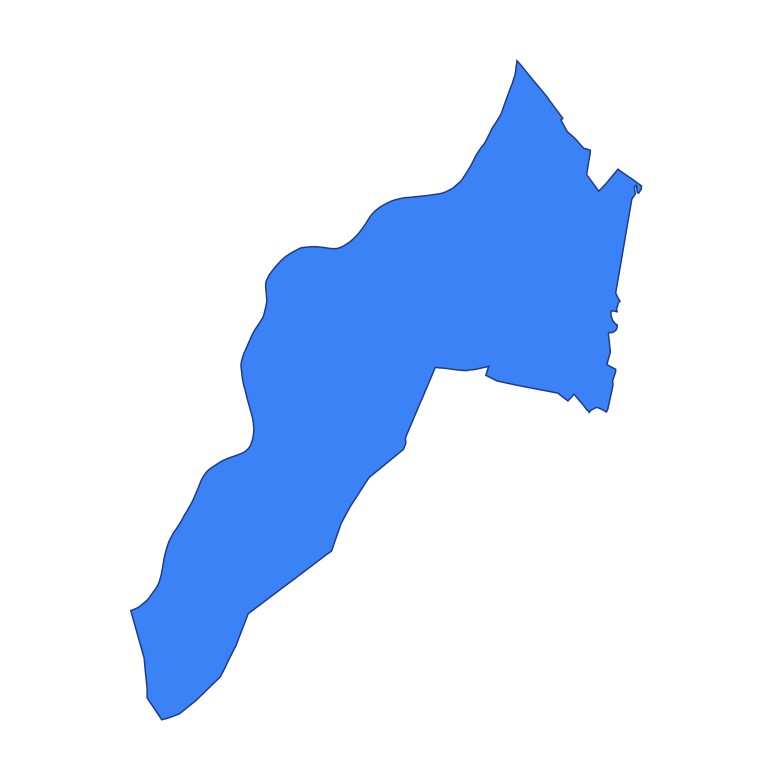 outline of Bergen (L), Limburg, Netherlands, rotated 82°
{"feature_id": "6326949B45872879397854", "entity_name": "Bergen (L)", "entity_type": "district", "adm_level": 2, "iso_a3": "NLD", "parent_name": "Netherlands", "parent_adm1": "Limburg", "projection": "natural_earth1", "projection_center": [6.089, 51.59], "detail": "fine", "context": "isolated", "style": "filled", "palette": "blue", "viewbox_px": 768, "rotation_deg": 82, "n_neighbors": 0, "source": "geoboundaries", "source_scale": "gbopen_adm2", "svg_char_len": 6040}
<svg xmlns="http://www.w3.org/2000/svg" viewBox="0 0 768 768"><g transform="rotate(82 384 384)"><path d="M573.0,666.3L621.9,659.7L628.6,660.0L634.4,660.3L646.1,660.7L648.9,660.8L652.8,661.0L653.2,661.1L657.3,661.6L660.5,662.1L661.8,662.3L674.6,656.1L685.6,650.8L684.8,644.4L682.2,632.6L671.1,614.0L659.5,598.2L651.3,587.0L648.9,585.2L643.0,581.0L637.5,577.5L633.5,574.7L633.3,574.6L622.6,567.1L612.1,561.3L607.9,558.9L605.3,557.5L592.6,550.5L579.1,526.2L571.3,512.1L571.1,511.8L571.1,511.7L562.1,495.4L560.3,492.2L553.0,479.1L545.5,465.7L542.0,459.1L532.7,454.4L516.4,446.0L507.8,439.8L500.6,434.4L491.5,426.5L486.2,422.0L483.7,419.7L480.2,416.8L474.5,411.8L469.2,403.0L463.0,392.8L451.4,373.8L447.1,371.4L445.8,370.7L445.1,370.6L441.1,370.3L440.2,370.2L415.0,355.1L405.9,349.7L403.4,348.0L392.5,341.6L390.1,340.1L386.9,338.2L377.7,332.7L374.8,331.0L374.7,330.7L375.6,327.5L376.1,325.2L376.4,323.8L376.7,322.3L379.5,312.1L380.2,309.9L380.4,309.0L380.5,308.0L381.0,306.3L381.3,305.5L381.7,303.0L382.3,300.5L382.0,297.1L382.1,295.6L382.3,292.9L381.6,283.4L381.2,277.8L382.7,278.6L389.6,282.0L396.7,271.6L400.5,261.4L400.7,260.9L400.8,260.6L403.6,252.9L409.3,236.4L409.4,236.0L412.1,228.1L414.3,221.6L414.7,220.5L417.1,213.3L426.4,204.2L425.9,203.7L423.6,200.8L420.6,197.3L424.3,194.8L427.0,193.2L432.6,189.6L438.2,186.5L438.1,186.2L440.4,184.7L440.6,184.7L439.6,183.7L438.9,182.8L438.7,182.5L437.1,178.1L436.8,176.8L436.8,176.5L436.9,176.2L437.3,175.6L438.1,173.8L438.5,173.2L440.1,171.0L442.7,167.6L439.6,165.7L418.0,157.7L416.4,157.4L413.2,157.1L412.5,157.0L412.0,156.9L411.6,156.7L407.7,154.7L403.9,152.8L403.1,152.9L401.7,152.5L398.9,156.4L396.2,159.9L395.8,160.6L392.1,159.0L390.3,158.2L384.0,155.4L370.1,154.9L368.6,154.9L366.9,154.9L366.2,154.9L365.8,154.9L365.7,154.8L364.3,153.6L364.8,151.9L364.7,150.5L364.5,149.8L364.2,149.4L364.0,148.4L362.4,146.2L359.3,144.9L358.2,144.9L357.6,145.1L356.5,146.5L355.0,147.5L354.6,147.6L353.9,148.0L353.8,148.4L353.6,148.8L352.9,148.7L352.4,148.9L351.4,149.0L349.5,149.3L349.1,149.4L347.9,149.5L346.0,149.6L344.6,149.2L343.9,148.7L343.1,148.1L344.9,143.1L344.4,143.1L344.0,143.1L342.8,143.3L342.2,143.3L341.7,143.2L340.4,142.4L339.7,142.0L337.0,141.1L336.4,140.8L336.0,140.5L334.8,138.7L333.7,139.3L332.5,139.9L326.3,141.9L324.6,141.4L321.6,140.5L317.7,139.2L312.1,137.4L278.4,126.6L274.0,125.2L267.9,123.3L260.5,120.9L235.3,112.8L231.0,108.8L224.4,108.6L222.3,106.9L223.0,106.4L229.3,106.6L229.7,106.3L229.8,106.2L230.3,106.0L230.3,105.1L229.8,104.7L226.7,101.9L223.4,101.8L223.4,101.7L220.5,104.7L215.2,110.2L214.1,111.5L206.3,120.0L205.4,120.9L203.8,122.4L206.5,125.3L215.5,135.2L217.2,137.1L217.3,137.3L217.8,137.9L219.7,140.3L222.9,144.5L204.8,154.2L191.1,150.0L185.6,148.1L181.9,147.2L181.2,147.1L178.3,153.4L175.0,155.7L173.0,157.1L172.0,157.8L170.5,158.6L168.3,160.1L163.1,164.3L161.5,165.8L159.7,167.2L159.4,167.4L157.4,168.3L147.1,172.1L145.9,169.9L141.7,172.2L140.7,172.7L135.8,175.5L125.8,180.9L125.2,181.1L120.3,183.8L110.3,190.0L104.0,194.0L100.8,195.9L95.1,199.4L88.6,203.2L87.7,203.8L84.1,206.1L82.4,207.3L89.4,209.3L92.6,210.1L93.6,210.4L95.8,211.1L96.5,211.4L100.9,213.6L102.9,214.5L104.0,215.0L105.1,215.6L105.8,216.0L106.9,216.7L120.1,223.8L131.8,229.9L132.7,230.3L133.8,231.2L135.2,232.3L140.2,236.4L146.0,241.5L151.7,245.3L153.4,246.5L154.4,247.1L155.8,248.1L158.5,250.1L160.4,251.6L161.0,252.2L161.5,252.8L163.2,254.7L166.8,258.0L169.6,260.4L171.3,261.7L176.6,265.3L178.4,266.6L180.7,268.3L181.8,269.2L187.7,274.1L190.2,276.3L192.4,278.2L193.0,278.8L194.5,280.7L198.0,286.0L199.5,288.3L199.7,288.6L199.8,288.9L200.8,291.5L201.6,293.9L202.7,297.5L202.9,298.6L203.3,301.8L203.4,303.2L203.3,306.3L203.4,308.9L203.4,315.5L203.3,318.9L203.1,322.0L203.0,326.0L202.9,328.0L202.9,331.3L202.7,333.7L202.5,336.2L202.4,337.4L202.5,339.5L202.7,342.3L203.2,347.6L204.1,352.0L205.5,356.4L207.1,360.6L208.9,364.5L211.3,368.7L212.5,370.1L215.2,373.4L218.0,375.9L223.6,380.6L225.4,382.3L227.0,383.7L228.9,385.8L230.2,387.0L231.7,388.7L232.5,389.6L233.3,390.6L234.8,392.5L236.5,394.9L237.1,395.9L237.8,396.8L238.6,398.3L239.2,399.3L239.9,400.8L240.4,401.9L241.2,403.7L242.1,406.0L242.6,408.0L243.1,410.1L243.3,412.5L242.8,416.2L242.1,419.2L240.5,424.4L239.2,429.6L238.6,432.2L238.2,434.5L237.8,439.4L237.7,442.8L237.6,443.9L237.6,445.6L237.6,446.6L237.7,447.3L237.8,448.1L238.4,449.9L239.4,452.6L240.6,456.0L242.0,459.2L243.1,461.5L244.1,463.6L244.2,463.8L245.6,466.0L247.5,468.7L249.1,470.7L251.1,473.2L253.4,475.9L256.2,478.7L259.8,482.4L263.1,484.6L264.7,485.7L265.1,486.0L265.8,486.4L266.3,486.6L267.6,487.0L269.1,487.3L270.2,487.5L271.6,487.7L272.4,487.7L278.3,488.0L285.8,488.5L286.1,488.6L291.9,490.6L295.4,492.0L300.2,494.0L301.0,494.5L305.1,497.8L312.3,504.3L315.4,506.6L317.9,508.3L319.9,509.6L327.1,514.0L327.3,514.1L330.8,516.3L334.5,518.6L335.0,518.9L337.2,520.0L339.2,520.9L342.5,522.2L342.8,522.3L343.8,522.6L344.6,522.8L345.7,523.0L346.6,523.1L347.5,523.2L358.4,523.4L359.3,523.5L360.0,523.4L366.2,523.0L368.5,522.7L370.0,522.4L375.6,521.9L381.8,521.2L387.6,520.4L390.1,520.1L393.5,519.6L394.4,519.5L396.9,519.2L399.6,518.9L403.7,518.8L410.7,519.1L414.6,520.0L417.9,521.0L420.2,521.8L422.1,522.6L424.8,523.9L426.2,524.8L427.0,525.4L428.1,526.3L429.5,527.8L430.7,529.5L431.9,531.7L432.0,532.0L432.5,533.4L432.8,534.0L433.6,538.0L433.9,539.1L434.3,540.4L434.6,542.4L435.6,547.7L435.7,548.3L436.0,549.3L437.4,554.3L438.7,557.5L439.9,560.1L442.0,564.7L442.6,566.0L444.6,569.5L446.8,572.4L446.9,572.5L449.6,575.0L449.8,575.3L451.5,576.5L452.1,577.1L453.3,578.0L456.3,579.8L459.0,581.2L472.3,589.2L476.2,592.0L481.9,596.4L486.2,600.0L489.4,602.2L495.0,606.7L498.6,609.8L501.2,612.5L505.5,615.7L507.1,616.8L508.5,617.8L510.6,619.2L512.9,620.3L516.1,622.0L518.1,622.8L522.3,624.6L525.6,625.9L529.4,627.1L536.3,629.2L543.9,631.9L545.4,632.6L549.0,634.3L550.3,635.1L551.6,635.9L553.8,637.5L554.8,638.4L556.3,639.9L556.7,640.2L557.9,641.6L558.2,641.8L564.0,647.2L566.5,650.7L570.9,658.0L572.6,663.5L572.9,665.3L573.0,666.3Z" fill="#3b82f6" stroke="#1e3a8a" stroke-width="1.5"/></g></svg>